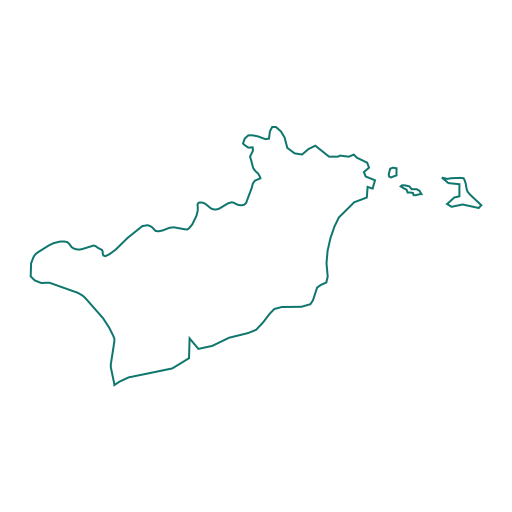 outline of Larnaca
{"feature_id": "CYP-3463", "entity_name": "Larnaca", "entity_type": "District", "adm_level": 1, "iso_a3": "CYP", "parent_name": "Cyprus", "parent_adm1": "", "projection": "robinson", "projection_center": [33.519, 34.89], "detail": "fine", "context": "isolated", "style": "outline", "palette": "teal", "viewbox_px": 512, "rotation_deg": 0, "n_neighbors": 0, "source": "natural_earth", "source_scale": "10m", "svg_char_len": 2586}
<svg xmlns="http://www.w3.org/2000/svg" viewBox="0 0 512 512"><path d="M275.9,127.0L280.9,131.4L284.6,137.5L287.3,147.9L294.7,153.4L302.1,154.5L308.4,149.1L315.3,145.7L329.1,156.7L337.8,156.7L340.1,155.6L348.8,156.7L353.8,154.6L357.0,157.8L367.2,162.7L369.0,167.7L363.9,172.1L365.7,176.5L375.0,180.3L372.6,188.6L367.6,186.9L366.8,197.5L354.3,202.2L338.9,217.4L334.5,226.4L330.5,237.9L327.6,250.7L326.5,263.2L327.7,276.7L326.3,282.5L320.7,285.0L317.1,287.6L313.0,300.2L310.4,304.2L301.3,306.8L281.8,307.0L274.3,309.0L269.2,314.3L263.1,322.4L256.1,329.8L248.0,333.1L229.2,337.7L212.2,345.9L198.4,348.9L189.6,338.4L189.0,358.2L172.3,368.4L128.6,377.4L119.8,381.5L114.4,385.0L114.2,383.5L110.8,367.2L110.8,364.4L114.4,341.2L114.3,338.5L113.2,335.7L109.2,327.7L103.1,318.3L85.2,297.9L82.3,295.4L78.0,292.9L49.9,282.9L48.3,282.7L41.7,283.0L39.3,282.3L34.6,280.3L30.7,276.4L31.1,263.3L33.2,257.8L34.1,256.1L35.6,254.1L37.6,252.5L48.7,245.5L53.7,243.1L60.4,241.5L64.2,241.5L67.2,242.1L69.0,243.6L71.7,247.2L73.8,248.5L76.3,249.3L79.1,249.6L81.8,249.2L93.7,245.5L95.9,246.3L97.6,247.7L101.0,249.4L102.2,250.2L102.7,251.8L102.7,253.6L103.3,255.4L105.3,256.2L109.5,254.2L115.7,249.6L127.7,237.8L142.3,226.1L147.6,225.2L150.3,226.1L152.5,227.6L155.5,230.9L158.5,231.3L162.5,230.5L169.5,227.8L173.8,227.3L184.9,229.3L187.3,229.5L189.5,227.8L192.2,224.5L196.5,215.7L197.7,210.9L197.8,207.2L197.5,205.0L197.9,203.5L199.0,202.5L201.9,202.5L204.1,203.2L205.7,204.1L210.8,208.3L213.2,209.3L215.9,209.6L219.1,208.7L228.1,203.3L231.6,202.3L234.1,202.8L236.1,204.1L238.6,205.0L241.2,205.3L243.8,204.9L246.0,203.2L251.8,187.7L252.6,184.3L253.6,182.4L255.0,180.6L260.4,178.3L260.3,177.8L259.8,176.6L258.2,173.6L256.1,171.8L254.3,169.8L253.1,167.8L251.2,160.4L250.0,156.7L252.9,150.8L252.7,147.4L248.2,147.6L244.0,144.6L243.0,143.5L244.7,138.6L248.4,135.3L252.5,135.3L258.0,136.4L265.3,139.1L269.0,138.6L269.9,131.4L272.2,127.0L275.9,127.0ZM451.6,206.8L447.1,204.0L454.3,197.5L459.4,196.3L459.4,184.2L448.4,183.1L441.9,177.6L447.3,178.9L451.4,178.2L460.3,177.9L463.5,178.2L463.7,178.4L464.5,180.0L465.7,183.5L466.7,189.4L467.6,191.7L469.9,194.5L481.3,205.2L478.7,208.0L462.6,204.5L451.6,206.8ZM404.8,185.3L409.4,186.4L411.7,189.2L414.4,189.2L416.7,189.2L419.5,190.8L421.4,194.1L420.4,194.1L417.6,194.7L415.8,195.2L414.0,195.2L413.5,195.1L413.0,193.0L410.3,192.5L407.6,192.5L406.6,189.7L404.3,188.6L400.7,186.4L402.0,185.3L404.8,185.3ZM393.0,167.7L396.5,168.3L396.5,175.4L393.3,176.5L391.0,177.5L389.2,176.6L388.7,174.7L389.5,171.3L390.2,168.7L393.0,167.7Z" fill="none" stroke="#0f766e" stroke-width="2"/></svg>